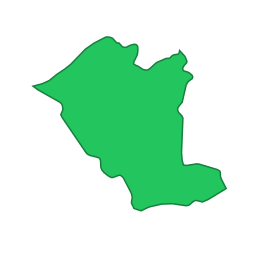 map outline of Kotayk (Robinson projection), rotated 162°
{"feature_id": "ARM-1673", "entity_name": "Kotayk", "entity_type": "Province", "adm_level": 1, "iso_a3": "ARM", "parent_name": "Armenia", "parent_adm1": "", "projection": "robinson", "projection_center": [44.631, 40.391], "detail": "fine", "context": "isolated", "style": "filled", "palette": "green", "viewbox_px": 256, "rotation_deg": 162, "n_neighbors": 0, "source": "natural_earth", "source_scale": "10m", "svg_char_len": 1707}
<svg xmlns="http://www.w3.org/2000/svg" viewBox="0 0 256 256"><g transform="rotate(162 128 128)"><path d="M141.2,45.2L147.2,49.7L147.9,55.6L147.2,57.3L145.5,60.4L145.1,62.9L145.1,65.7L147.8,81.9L148.9,84.1L150.1,85.6L151.7,85.8L157.3,85.6L158.7,85.8L160.2,87.0L161.9,89.0L164.6,93.1L165.7,95.9L166.0,98.5L165.6,100.6L164.5,104.3L164.1,106.5L164.5,107.9L165.4,109.1L172.7,113.7L174.8,115.8L175.6,117.8L187.3,158.0L187.8,161.5L185.5,164.0L184.1,166.0L183.5,169.4L183.7,171.3L184.6,173.3L201.6,191.8L205.4,197.1L196.0,196.6L188.5,197.4L178.8,201.1L169.8,203.6L162.7,206.3L144.0,216.2L133.8,219.3L121.4,221.3L119.7,221.1L116.7,219.6L114.9,218.0L112.5,212.6L110.2,211.5L108.3,207.0L106.6,205.9L105.0,205.3L100.1,206.0L95.9,205.7L94.2,204.5L93.6,202.8L94.0,200.8L94.7,198.6L95.5,196.8L96.3,195.2L97.1,194.1L101.1,190.0L102.2,188.8L102.8,187.5L102.5,186.7L101.3,185.3L99.2,183.5L95.6,179.0L93.3,177.7L91.3,177.1L88.5,177.9L81.5,181.1L80.0,181.5L70.3,182.4L67.2,181.6L66.4,181.6L65.8,182.0L64.2,182.9L63.4,183.2L62.1,183.4L60.7,183.3L58.2,182.8L57.3,182.9L56.7,183.2L56.2,183.6L55.9,184.0L55.7,184.4L55.0,185.7L51.8,178.7L51.4,175.3L51.4,173.1L52.1,171.9L55.2,170.1L56.6,169.0L57.7,167.5L57.8,166.2L57.2,165.0L54.4,163.1L52.7,161.6L50.8,158.5L50.6,156.7L51.5,155.2L53.2,154.6L55.0,154.1L57.2,153.0L59.4,150.9L68.6,135.6L72.3,133.4L74.6,131.5L75.3,129.3L75.1,127.3L73.1,123.2L72.7,120.5L84.7,88.1L86.5,80.4L86.7,75.7L85.0,74.8L83.3,74.2L73.9,72.7L71.7,71.8L55.8,60.8L54.0,58.7L53.9,57.5L55.0,53.3L55.0,50.5L53.3,40.1L74.0,35.2L80.2,34.7L84.2,37.3L86.6,38.3L88.6,37.9L93.4,35.9L95.3,35.8L96.9,36.2L109.3,42.3L119.5,45.2L131.3,46.3L133.9,46.2L141.2,45.2Z" fill="#22c55e" stroke="#15803d" stroke-width="1.5"/></g></svg>